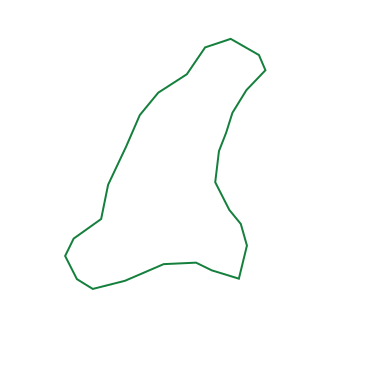 outline of Egkomi Lefkosias, Nicosia, Cyprus, rotated 316°
{"feature_id": "46923920B18592714961636", "entity_name": "Egkomi Lefkosias", "entity_type": "district", "adm_level": 2, "iso_a3": "CYP", "parent_name": "Cyprus", "parent_adm1": "Nicosia", "projection": "equal_earth", "projection_center": [33.317, 35.151], "detail": "fine", "context": "isolated", "style": "outline", "palette": "green", "viewbox_px": 384, "rotation_deg": 316, "n_neighbors": 0, "source": "geoboundaries", "source_scale": "gbopen_adm2", "svg_char_len": 518}
<svg xmlns="http://www.w3.org/2000/svg" viewBox="0 0 384 384"><g transform="rotate(316 192 192)"><path d="M329.4,155.4L335.3,140.0L326.2,108.7L301.9,97.1L270.1,103.7L236.7,97.1L207.9,100.4L176.1,113.6L136.7,128.5L107.9,148.3L74.5,143.3L56.3,149.9L48.7,174.7L51.0,183.9L53.3,192.8L82.1,209.3L121.5,224.2L145.8,245.6L151.8,262.1L165.5,286.9L174.7,281.1L194.3,268.7L204.9,248.9L206.4,230.8L215.5,201.1L239.8,181.3L257.9,173.0L276.1,163.1L301.9,156.5L329.4,155.4Z" fill="none" stroke="#15803d" stroke-width="2"/></g></svg>